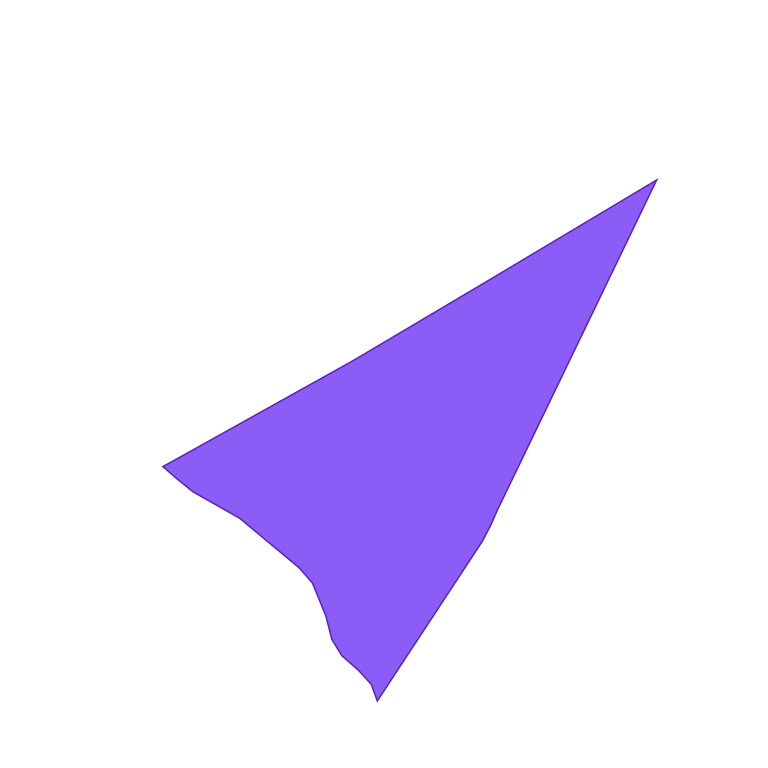 the district of Amparo do São Francisco, Sergipe, Brazil, rotated 203°
{"feature_id": "56859067B64009913440528", "entity_name": "Amparo do São Francisco", "entity_type": "district", "adm_level": 2, "iso_a3": "BRA", "parent_name": "Brazil", "parent_adm1": "Sergipe", "projection": "mercator", "projection_center": [-36.916, -10.174], "detail": "fine", "context": "isolated", "style": "filled", "palette": "violet", "viewbox_px": 768, "rotation_deg": 203, "n_neighbors": 0, "source": "geoboundaries", "source_scale": "gbopen_adm2", "svg_char_len": 422}
<svg xmlns="http://www.w3.org/2000/svg" viewBox="0 0 768 768"><g transform="rotate(203 384 384)"><path d="M316.6,117.4L295.2,110.3L278.3,102.5L266.3,89.6L232.0,277.7L230.6,295.3L230.3,313.3L212.7,678.4L332.2,514.9L421.1,394.1L437.1,373.5L539.7,241.5L555.3,221.6L539.0,216.2L517.7,210.1L464.4,204.0L390.2,181.6L372.2,172.9L346.9,147.8L332.2,128.5L316.6,117.4Z" fill="#8b5cf6" stroke="#5b21b6" stroke-width="1.5"/></g></svg>